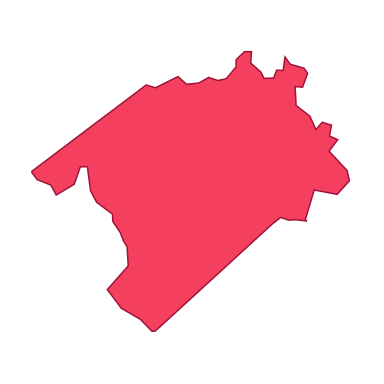 the district of Darlington, South Carolina, United States of America, rotated 355°
{"feature_id": "52423323B78464360666079", "entity_name": "Darlington", "entity_type": "district", "adm_level": 2, "iso_a3": "USA", "parent_name": "United States of America", "parent_adm1": "South Carolina", "projection": "albers", "projection_center": [-79.93, 34.31], "detail": "fine", "context": "isolated", "style": "filled", "palette": "rose", "viewbox_px": 384, "rotation_deg": 355, "n_neighbors": 0, "source": "geoboundaries", "source_scale": "gbopen_adm2", "svg_char_len": 1010}
<svg xmlns="http://www.w3.org/2000/svg" viewBox="0 0 384 384"><g transform="rotate(355 192 192)"><path d="M34.3,157.4L34.2,158.7L38.9,166.2L52.1,172.9L56.5,183.2L75.4,174.0L82.9,157.3L90.0,157.6L91.0,181.8L96.1,193.9L110.8,207.1L110.6,214.4L111.2,215.7L116.9,225.9L119.6,235.1L122.6,241.0L122.0,260.1L99.1,281.8L111.5,301.7L129.5,314.4L140.0,327.3L143.4,327.3L191.4,290.5L197.8,285.6L221.6,267.4L233.5,258.2L259.9,238.0L269.1,230.9L278.1,225.1L286.0,228.5L293.0,228.7L304.0,231.0L302.4,229.7L313.9,200.7L336.4,207.0L349.8,194.5L348.4,184.2L332.1,163.3L341.7,152.6L333.8,148.2L336.8,137.6L327.8,133.9L320.9,140.6L316.0,126.7L303.2,114.9L303.6,106.6L303.8,96.0L311.3,97.2L317.5,83.9L314.5,78.5L301.1,73.3L296.4,65.6L293.4,78.9L287.0,78.0L283.2,85.6L273.7,85.1L271.0,78.4L261.7,68.6L263.5,57.4L256.6,56.7L247.5,64.0L246.7,71.4L236.0,82.1L227.5,83.2L218.6,79.3L208.3,84.0L195.9,84.2L188.1,75.8L164.7,85.0L155.6,81.4L140.4,91.0L101.5,115.3L34.3,157.4Z" fill="#f43f5e" stroke="#9f1239" stroke-width="1.5"/></g></svg>